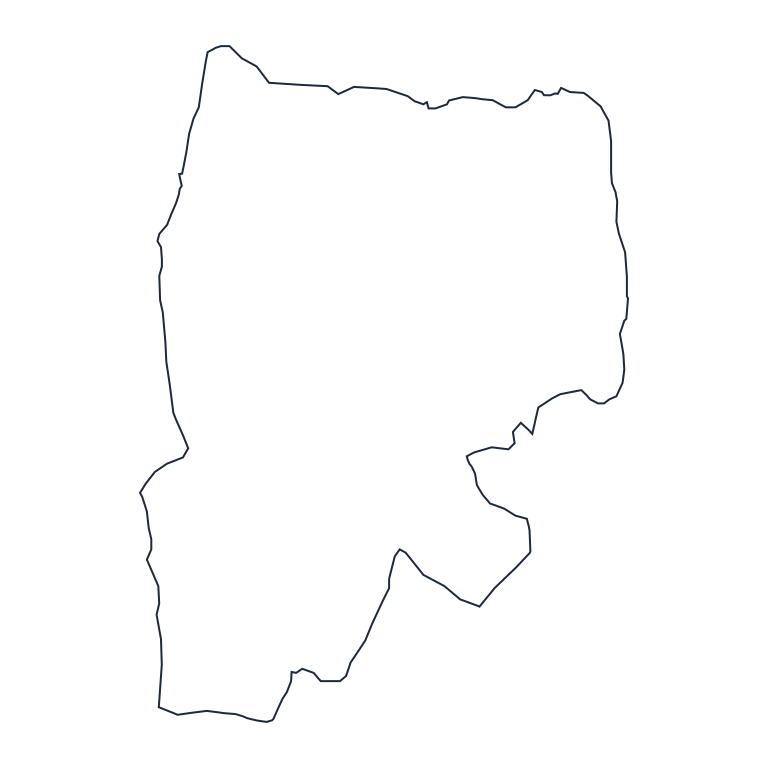 the district of Munya, Niger, Nigeria
{"feature_id": "59680162B69298252864907", "entity_name": "Munya", "entity_type": "district", "adm_level": 2, "iso_a3": "NGA", "parent_name": "Nigeria", "parent_adm1": "Niger", "projection": "natural_earth1", "projection_center": [7.078, 9.799], "detail": "fine", "context": "isolated", "style": "outline", "palette": "slate", "viewbox_px": 768, "rotation_deg": 0, "n_neighbors": 0, "source": "geoboundaries", "source_scale": "gbopen_adm2", "svg_char_len": 3084}
<svg xmlns="http://www.w3.org/2000/svg" viewBox="0 0 768 768"><path d="M583.7,92.9L580.2,92.7L569.9,92.0L561.1,87.9L557.7,93.9L555.1,93.4L550.4,95.3L544.0,95.2L541.8,92.0L534.8,90.0L527.7,100.2L515.5,107.3L505.8,107.3L501.5,105.0L492.7,100.2L482.1,99.2L475.1,98.1L462.8,97.1L449.0,100.5L447.0,104.3L435.6,108.4L428.6,108.4L426.9,102.2L423.3,104.3L414.6,101.2L407.6,96.1L386.5,89.0L379.9,88.5L354.0,86.9L338.3,94.1L327.6,86.2L301.4,84.9L269.0,82.8L256.7,66.5L241.8,58.3L229.5,46.1L221.1,46.1L215.7,47.8L207.6,52.2L205.8,61.4L202.3,82.8L198.8,107.3L193.5,118.6L189.1,133.9L186.5,151.2L183.8,165.5L182.1,173.7L179.2,174.0L180.4,179.9L181.7,185.8L179.7,189.0L178.9,194.3L176.1,203.0L170.7,215.6L168.1,222.3L167.2,224.7L166.7,225.3L159.3,233.9L157.5,241.1L161.0,247.2L161.9,259.5L161.9,266.6L159.3,275.8L160.1,300.3L162.8,312.5L165.4,342.2L166.3,361.6L169.8,385.0L173.3,412.6L175.9,419.4L182.9,435.1L188.2,448.3L182.9,457.5L167.1,463.6L154.9,471.9L146.1,483.1L140.0,492.8L142.2,496.8L144.5,504.0L146.9,511.6L148.7,528.0L151.3,539.2L151.3,549.4L146.9,559.6L158.3,586.1L159.2,603.5L156.6,614.7L161.0,639.2L161.8,664.7L158.8,707.2L173.8,713.2L177.6,714.8L181.7,714.2L192.2,712.7L206.8,710.9L219.6,712.5L223.5,713.1L235.7,714.1L242.9,716.3L247.0,718.1L252.6,719.5L256.9,720.5L263.6,721.5L266.7,721.9L272.1,720.3L273.5,718.8L274.6,716.3L278.8,706.8L282.4,699.0L287.0,691.8L291.1,681.1L291.6,671.9L296.1,672.9L298.4,671.4L298.6,671.2L299.1,670.9L302.2,668.8L305.6,670.0L310.3,671.7L313.7,672.9L317.1,676.9L320.7,681.1L324.8,681.1L336.2,681.1L340.0,681.1L346.1,676.0L346.4,675.0L348.8,668.0L349.8,665.0L350.5,662.7L352.3,660.0L359.5,649.3L362.5,644.7L365.4,640.2L372.5,622.9L383.0,600.4L389.1,588.2L389.1,579.0L390.6,572.8L394.8,556.3L399.7,549.4L405.7,552.7L423.4,574.9L444.4,586.1L460.2,599.4L478.7,606.2L479.5,606.6L494.7,588.0L516.4,567.1L529.8,552.9L530.4,551.4L530.0,541.5L529.6,532.2L529.5,530.0L529.2,528.6L529.0,527.7L528.8,526.5L528.6,525.4L528.3,524.3L528.0,523.3L527.9,523.2L526.9,518.8L522.6,517.6L515.5,515.7L509.1,511.7L504.1,508.6L494.1,504.9L490.0,503.5L487.6,500.6L483.8,496.2L483.0,495.3L482.3,494.1L479.0,488.7L476.9,485.1L476.1,480.2L475.1,473.8L471.9,467.0L470.5,465.1L469.5,463.9L467.7,459.8L466.8,456.3L470.0,454.6L473.8,452.6L474.3,452.4L474.8,452.2L488.0,448.4L491.8,447.3L504.2,448.8L508.5,449.3L514.6,443.2L513.8,437.9L512.9,432.0L515.5,428.9L518.5,425.5L520.8,422.8L523.3,425.1L528.7,430.0L531.8,433.4L532.3,433.9L534.2,425.6L534.4,424.8L535.2,421.0L538.3,407.5L542.9,404.5L549.1,400.4L552.3,398.3L560.2,394.2L581.3,390.1L586.6,395.2L590.1,399.3L598.0,403.4L604.1,403.4L609.4,399.3L616.4,396.3L622.5,383.0L623.1,379.0L624.3,369.7L623.4,354.4L622.4,348.3L619.9,334.0L624.3,320.7L626.3,318.9L628.0,298.5L626.9,296.2L626.9,293.8L626.9,286.2L626.9,284.4L626.9,276.8L625.1,252.3L620.4,238.1L619.0,233.9L618.2,230.3L616.4,221.7L616.5,219.2L616.8,212.0L617.2,201.3L615.5,192.1L614.0,188.4L611.9,183.0L611.1,172.7L611.1,160.4L611.1,153.9L611.1,141.0L608.5,120.6L603.7,112.0L600.6,106.3L594.7,101.5L588.3,96.1L583.7,92.9Z" fill="none" stroke="#1e293b" stroke-width="2"/></svg>